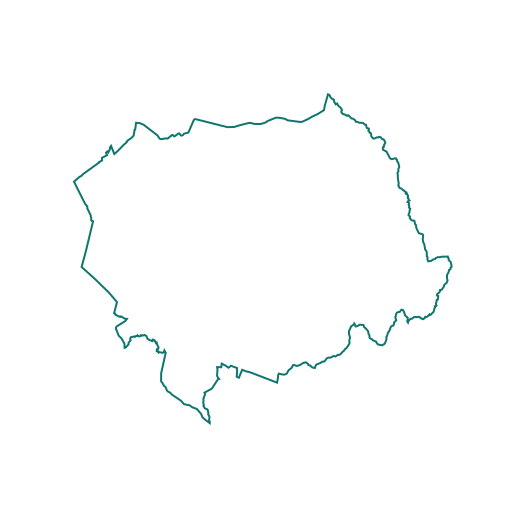 Turbaco, Bolívar, Colombia, rotated 12°
{"feature_id": "7082276B46963019811413", "entity_name": "Turbaco", "entity_type": "district", "adm_level": 2, "iso_a3": "COL", "parent_name": "Colombia", "parent_adm1": "Bolívar", "projection": "robinson", "projection_center": [-75.373, 10.349], "detail": "fine", "context": "isolated", "style": "outline", "palette": "teal", "viewbox_px": 512, "rotation_deg": 12, "n_neighbors": 0, "source": "geoboundaries", "source_scale": "gbopen_adm2", "svg_char_len": 6110}
<svg xmlns="http://www.w3.org/2000/svg" viewBox="0 0 512 512"><g transform="rotate(12 256 256)"><path d="M418.5,289.5L418.6,288.2L419.7,286.0L420.3,285.3L421.7,284.9L423.0,283.1L424.8,282.4L426.3,282.4L426.8,281.9L428.0,281.7L428.9,281.8L430.1,282.7L431.3,282.6L432.0,283.1L432.8,283.0L433.7,281.8L434.2,280.3L435.1,280.5L436.4,279.4L437.8,277.1L438.4,277.7L438.8,277.4L441.1,274.1L441.5,272.3L441.4,270.0L441.8,269.0L441.4,268.0L442.4,267.8L442.9,267.0L441.8,265.2L442.1,263.3L441.9,261.3L442.9,260.7L442.9,260.0L442.6,257.3L441.2,257.0L441.1,255.7L442.7,253.7L443.4,251.9L443.1,251.0L444.7,250.3L446.1,246.9L446.1,245.2L448.1,242.5L448.5,240.4L447.3,237.6L446.8,234.7L447.7,232.1L447.8,229.4L448.9,228.6L448.8,226.9L449.4,226.4L449.5,225.3L447.6,221.3L445.3,219.9L445.1,218.4L444.1,217.6L443.8,216.7L438.0,218.0L435.6,219.1L434.1,219.3L432.3,220.7L431.5,221.9L429.9,222.6L428.3,224.4L425.5,225.4L424.4,223.7L424.1,221.6L423.2,220.9L422.2,216.7L421.8,215.9L420.2,214.6L418.0,209.2L416.8,208.0L415.5,204.6L415.5,202.5L415.1,200.9L414.5,200.1L410.5,199.8L407.1,195.4L405.8,192.1L405.0,191.8L403.6,188.6L401.4,188.8L400.2,188.3L398.5,186.9L398.5,185.6L397.9,185.0L396.8,184.5L396.6,183.3L397.0,181.9L396.8,178.7L397.1,177.8L395.6,176.8L395.6,175.4L394.6,174.1L394.9,173.2L394.6,172.4L394.1,171.8L393.0,171.7L393.2,171.0L394.5,169.8L393.7,169.4L393.6,168.8L392.8,168.2L392.7,167.3L392.1,166.9L392.3,165.8L392.0,165.1L391.1,164.5L390.5,163.3L390.1,163.4L390.1,164.1L389.6,164.0L389.2,162.1L387.8,161.9L387.1,161.1L386.2,161.1L384.5,159.9L382.1,159.5L381.1,157.9L380.5,157.5L380.6,155.6L378.6,150.5L378.0,147.6L377.1,145.4L377.7,143.5L377.1,141.4L377.6,138.9L375.6,134.9L374.5,134.2L373.8,132.4L373.2,132.3L372.3,131.3L368.5,133.1L366.8,132.6L361.9,126.7L358.1,125.7L357.5,123.7L357.6,123.1L358.3,122.8L358.2,120.6L359.0,118.6L357.6,116.2L356.4,115.4L355.1,115.5L353.5,114.0L351.7,113.8L350.9,114.6L349.5,114.9L347.3,116.5L346.1,116.7L344.0,115.1L342.9,112.1L341.5,111.8L340.8,110.5L339.9,110.1L340.1,108.5L339.9,107.9L338.0,107.8L337.5,107.4L336.4,104.8L335.1,104.8L332.9,103.6L329.0,104.2L327.5,103.7L326.0,104.0L324.4,102.4L322.3,101.5L320.7,101.6L317.3,99.2L316.1,99.9L315.8,99.5L314.8,99.7L313.4,99.1L311.4,99.1L309.7,97.7L309.3,96.3L309.7,95.7L309.6,95.2L309.2,94.4L308.4,94.0L307.6,93.0L306.5,92.7L304.5,91.2L303.8,90.0L302.5,91.1L300.4,88.9L299.8,87.0L297.4,86.3L295.6,85.0L294.5,83.3L292.8,82.9L292.0,95.4L292.2,99.1L287.1,104.1L282.3,107.7L278.6,111.1L273.7,114.8L272.4,115.4L271.4,115.7L258.7,116.7L255.8,115.8L250.7,115.9L246.8,116.5L239.7,121.3L237.4,123.6L232.9,126.0L226.6,127.2L223.4,126.9L221.2,127.4L212.1,131.9L207.9,134.3L201.3,135.9L168.8,134.7L167.6,134.9L166.9,136.0L164.2,149.3L160.2,151.3L159.3,153.0L158.2,153.7L157.4,153.7L155.4,152.0L154.4,152.5L151.5,155.9L150.8,155.9L149.3,154.9L148.8,155.0L145.2,159.5L143.0,159.8L139.1,161.4L137.4,161.3L134.5,158.5L118.8,151.0L114.7,150.2L111.0,150.6L111.5,156.9L111.4,157.6L111.0,157.8L111.3,163.7L109.4,166.7L106.9,169.2L105.7,171.0L105.9,171.4L105.4,172.3L103.5,174.7L99.3,181.5L96.2,185.7L91.5,178.7L91.2,180.0L90.9,179.6L90.6,180.4L91.2,180.6L90.0,185.4L88.9,184.6L87.8,186.2L89.4,188.3L84.9,192.0L85.6,194.5L82.7,197.0L82.9,197.4L69.5,212.2L68.9,213.6L66.9,215.3L62.5,221.1L77.9,240.4L80.7,242.6L81.1,244.5L85.9,250.6L86.1,251.6L87.0,253.2L87.3,255.2L88.0,255.8L89.4,255.9L88.6,286.5L87.7,303.0L102.3,311.4L119.8,322.4L129.6,330.0L129.1,341.4L130.2,341.6L130.5,342.6L135.8,343.9L136.5,343.1L140.4,344.5L142.8,344.4L141.9,346.4L141.3,347.2L134.5,353.7L133.9,355.1L133.9,355.9L138.2,362.4L141.6,364.6L145.2,368.7L145.7,369.6L146.5,373.1L147.5,372.7L149.5,369.3L149.7,368.8L149.4,367.2L150.9,364.7L150.1,363.2L150.6,361.3L153.6,360.1L154.3,360.4L154.6,359.6L156.3,358.9L156.5,358.3L157.1,358.8L157.7,358.6L158.4,359.0L159.7,358.3L160.0,357.4L161.0,357.6L161.2,357.2L162.7,357.0L163.7,356.4L165.5,357.2L167.1,359.5L169.6,360.4L172.3,360.8L172.3,359.3L173.8,359.4L174.7,359.9L174.8,360.5L175.5,360.8L176.3,362.0L176.9,361.4L177.7,363.2L179.7,365.7L179.6,367.1L178.5,367.7L178.6,369.7L179.4,370.0L180.0,369.5L180.9,370.7L181.4,370.1L184.8,370.1L185.8,369.5L186.0,367.4L187.8,369.4L187.6,390.2L189.2,398.3L190.9,399.7L193.2,402.3L194.5,402.8L195.7,404.2L196.3,405.5L197.8,406.8L200.4,407.5L202.4,409.0L212.8,413.2L216.4,415.9L222.3,415.9L225.0,417.2L229.9,417.9L235.2,421.9L237.0,424.7L240.1,426.6L245.5,429.1L245.2,427.7L244.2,426.4L244.1,424.0L243.6,422.4L242.3,421.1L241.8,418.6L241.0,417.5L241.0,416.8L240.2,416.1L237.5,415.6L235.8,413.6L236.0,412.5L235.0,411.0L234.7,408.1L234.2,406.7L234.8,402.8L234.7,401.3L234.0,400.4L240.3,395.0L244.5,384.3L245.4,383.9L243.9,382.8L242.8,381.2L241.9,374.9L241.0,372.8L245.1,372.0L244.9,368.4L249.2,369.6L252.2,371.0L254.4,368.6L260.7,369.5L261.7,373.7L262.2,378.1L264.6,378.6L266.1,370.2L271.0,371.0L271.8,370.8L276.0,371.2L302.9,375.5L302.8,370.3L302.4,367.9L302.8,366.3L306.2,366.4L308.1,366.2L309.6,365.5L310.6,364.5L311.6,361.0L314.0,358.2L314.9,355.1L315.7,354.7L318.7,355.0L319.8,354.7L322.7,352.6L324.1,351.0L326.4,349.8L327.1,349.7L329.5,350.9L330.0,351.8L331.7,351.8L334.1,353.3L336.9,353.3L337.2,350.4L338.2,349.2L341.5,347.1L342.4,345.8L344.9,344.9L346.5,341.4L347.9,340.4L350.2,339.8L352.8,337.6L354.5,337.8L355.8,336.7L356.4,335.7L357.6,335.6L359.0,334.6L360.7,331.6L361.6,330.6L362.5,328.4L363.7,327.3L365.5,322.4L365.6,321.5L365.1,320.4L364.8,318.6L364.9,316.1L363.0,312.7L362.6,310.0L363.7,305.0L366.0,302.5L366.1,301.6L366.7,302.1L368.0,304.2L369.7,303.6L371.7,301.6L375.5,301.2L376.6,303.1L378.6,304.1L381.4,306.4L382.3,308.9L383.0,309.4L383.7,310.7L383.9,312.0L384.4,312.7L387.1,313.5L388.3,314.3L391.3,314.8L392.4,316.3L393.3,316.9L395.0,317.2L397.8,317.2L398.3,316.5L399.2,316.2L400.3,314.6L400.9,310.9L400.9,309.9L400.3,308.3L400.8,306.9L401.1,303.7L402.1,301.1L402.6,297.3L403.8,295.8L404.8,295.5L405.2,293.9L404.8,292.4L406.5,289.9L406.6,289.6L405.2,287.6L405.0,286.8L405.3,285.8L405.0,284.6L405.6,282.2L406.8,281.3L408.2,280.8L409.4,278.3L410.9,278.3L412.1,279.5L414.5,283.4L417.1,284.7L417.6,286.7L417.5,288.5L418.5,289.5Z" fill="none" stroke="#0f766e" stroke-width="2"/></g></svg>